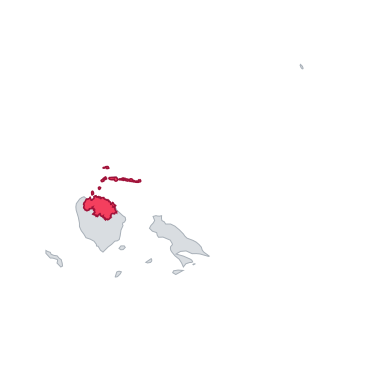 Ba, Western, Fiji shown in context, rotated 61°
{"feature_id": "14151628B98370545668292", "entity_name": "Ba", "entity_type": "district", "adm_level": 2, "iso_a3": "FJI", "parent_name": "Fiji", "parent_adm1": "Western", "projection": "robinson", "projection_center": [177.639, -17.315], "detail": "fine", "context": "in_parent", "style": "filled", "palette": "rose", "viewbox_px": 384, "rotation_deg": 61, "n_neighbors": 0, "source": "geoboundaries", "source_scale": "gbopen_adm2", "svg_char_len": 8119}
<svg xmlns="http://www.w3.org/2000/svg" viewBox="0 0 384 384"><g transform="rotate(61 192 192)"><path d="M185.5,265.5L185.5,267.6L186.7,268.5L187.9,268.6L190.9,272.6L195.5,276.1L198.3,278.7L198.5,280.9L197.6,283.3L198.8,287.6L199.4,292.0L201.4,299.0L198.5,300.3L194.0,300.4L192.9,301.7L191.4,301.0L187.6,301.5L184.0,303.8L180.6,306.9L176.6,307.0L172.1,307.6L167.7,307.2L164.6,305.5L159.1,303.7L151.7,302.1L148.7,300.8L146.1,298.8L143.7,293.7L143.4,291.1L143.8,288.7L145.9,287.9L147.7,286.6L148.0,285.0L148.8,283.9L149.8,283.5L150.3,282.7L149.6,280.1L149.4,277.8L153.6,273.4L158.3,269.7L166.5,266.3L171.5,266.6L179.2,264.0L181.7,262.7L184.2,263.5L185.5,265.5ZM256.4,208.7L250.1,215.0L247.9,218.2L246.0,221.8L240.7,225.7L238.4,230.8L238.5,236.0L243.9,230.6L249.8,226.1L251.6,225.2L253.5,225.3L253.3,226.8L252.5,228.3L251.8,232.2L253.4,235.9L248.9,235.5L244.6,235.8L239.4,237.9L234.3,238.8L232.4,238.8L230.6,238.1L229.4,237.1L228.5,234.6L227.5,234.3L223.5,234.4L217.4,239.2L215.4,243.2L213.1,243.4L210.4,242.6L207.0,245.7L203.1,246.8L201.4,244.2L200.3,240.9L198.9,238.5L194.5,237.9L195.2,235.0L196.3,233.8L197.4,232.1L198.0,230.1L200.1,231.4L202.3,232.2L204.7,230.7L207.2,230.6L209.7,226.2L213.6,223.5L219.0,221.4L224.4,219.9L227.3,219.6L230.0,218.7L234.8,214.6L237.9,212.6L241.4,211.3L244.7,210.6L247.7,211.2L250.1,210.9L256.4,208.0L256.4,208.7ZM194.0,341.1L194.0,343.1L188.7,344.5L186.9,342.8L185.8,342.5L182.6,345.5L181.7,346.7L181.4,347.6L180.6,348.1L174.8,349.5L172.3,348.1L174.0,347.1L176.1,345.2L178.2,345.4L180.4,343.6L182.5,340.9L185.5,340.3L187.7,339.2L191.2,340.0L194.0,341.1ZM256.3,246.2L253.2,248.0L252.0,246.3L253.5,242.1L256.3,237.8L256.3,241.3L256.3,246.2ZM229.4,300.0L229.0,300.3L225.5,296.6L225.6,295.1L226.2,293.8L227.6,292.5L228.9,294.6L229.9,298.2L229.4,300.0ZM208.0,282.3L205.9,283.2L204.7,280.3L206.3,277.4L208.1,277.2L209.0,280.1L208.0,282.3ZM232.5,265.3L231.1,266.5L230.5,260.0L231.9,260.1L232.9,260.8L233.5,262.4L232.5,265.3ZM142.5,254.9L140.4,255.7L141.5,251.9L142.7,250.8L143.5,250.5L144.7,250.2L144.2,252.9L142.5,254.9ZM137.7,35.9L136.1,36.3L133.5,36.0L133.0,35.2L133.8,35.0L135.5,34.5L137.6,34.8L138.0,35.3L137.7,35.9ZM256.3,226.2L255.8,226.3L255.7,225.4L256.4,223.8L256.3,226.2Z" fill="#d9dde1" stroke="#a8b0b8" stroke-width="1"/><path d="M172.5,267.2L171.5,268.0L171.3,268.0L170.9,267.8L169.7,267.7L169.0,267.2L168.6,267.2L167.8,266.8L167.9,267.5L167.5,267.5L166.7,268.6L166.5,268.3L166.1,268.1L166.6,267.9L166.9,267.3L166.9,266.7L167.1,265.6L167.0,265.3L166.6,265.3L166.0,265.8L165.5,265.9L165.1,266.2L163.2,266.2L162.7,266.5L163.8,268.4L163.6,268.6L163.4,269.1L162.6,268.8L162.2,268.4L161.3,268.3L160.9,268.4L160.5,268.7L160.4,269.1L159.8,268.9L159.6,269.3L159.1,268.9L158.9,268.9L158.7,269.2L158.0,269.3L158.2,270.0L157.8,270.4L157.7,270.4L157.6,270.7L157.4,270.8L157.0,270.7L156.5,271.0L156.3,271.3L156.4,271.5L156.2,271.7L155.6,272.0L155.1,272.0L154.9,272.2L154.5,271.8L154.1,271.8L153.6,272.7L153.5,273.6L153.3,273.8L153.6,274.9L153.3,275.2L152.9,275.3L152.6,275.0L152.3,274.4L152.1,274.4L151.8,275.0L152.2,275.4L152.0,275.9L151.7,276.3L151.1,276.5L151.0,276.4L151.1,276.5L150.9,276.4L150.9,276.8L150.6,277.2L150.0,277.5L150.0,277.9L149.5,277.8L149.3,278.2L149.2,278.4L149.0,277.9L148.7,277.8L148.4,278.7L148.6,279.1L148.5,279.3L148.6,280.2L149.6,280.4L150.2,281.1L150.2,282.3L150.3,282.8L150.7,283.6L150.3,284.2L149.6,284.4L149.5,284.6L149.6,284.4L149.2,284.0L148.8,284.1L148.6,284.5L148.6,284.1L147.9,284.2L147.8,286.5L147.7,286.5L147.2,287.3L147.1,287.7L147.5,288.7L148.3,289.7L148.4,290.0L148.7,290.2L149.0,290.9L148.9,291.1L149.2,291.4L149.1,291.6L149.4,291.8L149.5,292.1L150.0,292.7L150.4,292.9L150.7,292.6L151.3,292.7L152.0,293.3L152.3,293.7L152.5,293.8L152.6,294.0L152.6,293.9L152.9,294.2L153.2,294.1L153.5,294.4L154.8,294.2L155.2,293.9L155.4,293.9L155.6,294.2L155.9,294.2L156.2,293.5L156.6,293.6L157.1,293.4L157.2,293.1L157.4,293.0L157.6,292.4L157.4,291.8L157.5,291.4L157.9,291.1L157.5,290.2L157.4,290.2L156.9,289.9L157.0,289.4L157.2,289.1L157.3,289.1L157.4,288.7L157.6,288.6L157.8,288.1L157.6,287.9L157.8,287.1L157.6,286.9L157.3,287.0L156.8,286.6L157.0,286.3L157.0,286.2L157.3,286.7L157.5,286.5L158.3,286.4L158.5,286.2L158.9,286.8L159.9,286.7L160.2,286.9L160.3,286.8L160.2,286.4L160.0,286.0L159.5,285.9L159.6,285.7L160.0,285.6L160.6,286.2L161.1,286.3L161.3,286.6L161.9,286.7L162.2,287.1L162.3,286.9L162.7,287.2L162.9,287.1L163.0,288.8L163.2,288.7L163.4,289.0L163.8,288.9L163.8,289.2L164.3,288.7L164.0,288.2L164.3,288.1L164.5,288.2L164.9,288.1L165.0,288.2L165.3,287.9L165.5,287.4L166.0,287.7L166.7,287.7L166.5,286.7L166.9,286.7L167.2,287.0L167.4,286.8L167.4,286.6L167.6,286.6L167.6,286.3L167.4,285.9L167.0,285.5L166.8,285.4L166.7,285.2L166.5,284.4L166.3,283.9L166.4,283.6L166.2,283.1L166.3,282.8L166.9,282.8L167.4,283.4L167.9,283.6L168.1,283.3L168.7,283.3L169.3,283.0L169.4,282.7L169.7,282.6L169.8,282.2L169.7,281.3L169.8,281.4L170.1,281.4L170.3,281.9L170.6,282.1L171.0,282.2L171.4,282.1L171.3,281.4L171.6,281.1L172.0,281.2L172.1,280.8L172.3,280.7L172.9,280.7L173.1,280.6L173.3,280.7L173.2,281.1L173.4,281.2L173.4,281.5L174.4,281.2L174.1,280.8L174.3,280.5L174.2,280.3L174.4,279.6L174.9,279.6L175.3,279.3L174.9,278.9L175.6,278.2L175.2,276.4L174.9,276.3L175.1,275.4L174.7,275.0L174.7,274.8L174.0,275.0L173.5,274.8L173.3,274.9L173.2,274.7L173.3,274.2L172.5,273.8L172.1,273.0L172.2,272.5L172.3,272.4L172.2,271.8L173.4,270.7L173.6,270.3L173.4,270.0L173.0,269.9L173.1,268.6L173.3,268.1L173.6,268.0L173.1,267.7L172.5,267.2ZM145.3,253.7L145.7,253.2L145.8,252.3L145.7,251.7L145.3,251.0L144.1,250.8L142.8,251.0L142.3,251.1L142.0,251.7L142.0,252.3L141.6,252.6L141.6,253.0L140.9,253.9L140.2,255.3L140.0,255.9L139.5,256.7L139.3,257.4L139.7,258.0L140.1,258.2L141.2,257.7L142.3,256.4L142.6,255.3L142.9,255.3L143.2,253.9L144.0,254.2L144.5,254.1L145.3,253.7ZM158.0,232.4L157.8,231.7L157.3,231.4L156.4,231.3L156.0,231.5L156.1,232.8L155.6,232.9L155.9,233.7L156.3,234.1L156.1,234.7L155.3,235.4L155.2,236.0L154.8,236.6L154.2,236.9L152.5,238.2L151.9,238.1L151.4,238.3L151.1,238.6L150.7,239.2L150.6,240.4L150.8,240.7L151.2,240.8L152.2,241.3L152.7,241.1L152.8,240.3L153.4,240.0L153.3,239.4L153.4,239.2L154.0,239.0L154.8,238.3L154.8,237.9L155.0,237.5L155.2,237.4L155.3,237.1L155.5,237.2L156.0,236.7L156.9,235.4L157.6,234.1L157.6,233.4L158.0,232.4ZM130.5,253.1L129.7,253.2L129.2,253.1L128.9,253.3L128.6,253.7L128.0,255.2L128.1,256.4L127.7,257.1L127.6,257.8L127.8,258.1L128.1,258.0L128.6,257.3L128.5,255.8L129.2,255.5L129.9,255.5L130.5,254.7L130.9,253.3L130.5,253.1ZM151.5,242.3L151.3,241.2L151.0,240.9L150.5,241.0L149.8,241.9L149.6,242.6L148.9,242.6L148.6,243.8L148.7,244.3L149.1,244.8L149.6,244.8L150.4,243.9L151.1,243.3L151.5,242.3ZM146.2,280.8L146.2,279.7L146.0,279.1L145.3,278.7L144.5,278.4L143.4,278.4L143.1,278.6L143.0,278.9L143.2,279.5L143.8,280.1L145.4,280.8L146.2,280.8ZM139.0,260.8L139.1,260.4L138.6,260.1L138.3,260.6L137.7,260.9L137.5,260.7L137.4,260.2L137.0,260.2L136.8,260.5L137.2,261.0L137.0,261.5L137.2,261.8L137.0,262.5L137.2,263.3L137.3,263.3L137.9,262.7L138.3,263.2L138.5,263.1L138.8,262.8L139.0,261.8L139.2,261.4L139.0,260.8ZM139.3,265.8L139.5,265.4L139.7,263.8L139.2,263.2L138.5,263.2L137.8,263.7L137.7,264.2L137.6,264.8L137.8,265.9L138.9,266.1L139.3,265.8ZM144.8,271.9L144.8,271.2L144.5,270.4L143.8,269.8L142.8,270.4L142.6,270.9L142.9,271.8L144.0,272.2L144.8,271.9ZM147.7,247.0L147.4,246.6L147.4,246.4L147.8,246.2L147.8,245.3L147.2,244.9L146.6,245.0L146.1,246.0L146.1,247.1L146.7,247.1L147.2,247.2L147.7,247.0ZM146.0,249.7L146.6,249.0L146.6,248.7L146.8,248.2L147.2,248.0L147.4,247.7L147.2,247.3L146.6,247.3L146.4,247.7L146.2,247.8L146.1,248.1L145.5,248.5L145.4,248.8L145.6,249.7L146.0,249.7ZM148.5,246.6L148.7,246.2L148.7,245.4L148.5,245.1L148.1,245.0L147.9,245.5L148.1,245.8L147.9,246.4L148.0,246.6L148.1,246.8L148.5,246.6ZM147.8,244.9L148.0,244.1L147.9,243.9L147.5,243.9L147.3,244.4L147.4,244.8L147.8,244.9ZM147.7,284.1L147.9,284.0L147.9,283.7L147.2,283.7L147.3,284.0L147.7,284.1ZM150.9,275.9L151.3,275.7L151.2,275.5L150.7,275.7L150.7,275.9L150.9,275.9ZM150.8,276.6L150.8,276.4L150.7,276.3L150.6,276.5L150.8,276.6Z" fill="#f43f5e" stroke="#9f1239" stroke-width="1.5"/></g></svg>